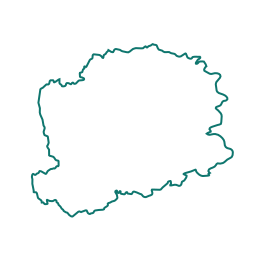 outline of Zhytomyr, rotated 82°
{"feature_id": "UKR-324", "entity_name": "Zhytomyr", "entity_type": "Region", "adm_level": 1, "iso_a3": "UKR", "parent_name": "Ukraine", "parent_adm1": "", "projection": "mercator", "projection_center": [28.508, 50.617], "detail": "fine", "context": "isolated", "style": "outline", "palette": "teal", "viewbox_px": 256, "rotation_deg": 82, "n_neighbors": 0, "source": "natural_earth", "source_scale": "10m", "svg_char_len": 5782}
<svg xmlns="http://www.w3.org/2000/svg" viewBox="0 0 256 256"><g transform="rotate(82 128 128)"><path d="M112.0,25.5L113.3,25.6L114.2,26.6L114.5,27.6L114.5,29.4L115.0,30.6L115.8,31.3L117.6,32.5L118.4,33.3L118.8,34.4L119.4,37.2L119.8,38.0L120.6,38.3L121.4,37.9L123.1,36.3L126.2,34.2L127.8,33.6L129.5,33.6L135.1,34.8L136.8,35.4L137.3,36.8L137.5,38.9L138.5,44.5L138.9,45.9L139.5,47.0L140.5,47.5L142.3,46.6L143.1,46.6L143.5,47.9L144.0,49.8L144.6,50.8L145.7,49.5L146.1,48.0L145.9,44.2L146.1,42.5L147.3,39.7L149.1,37.6L151.1,36.0L153.1,34.9L154.9,34.5L158.8,34.5L160.5,33.8L161.7,32.5L163.1,29.3L164.4,28.1L165.6,27.6L166.9,27.6L169.4,28.2L171.0,29.2L171.7,30.4L173.1,34.1L175.2,37.3L175.9,38.9L176.1,41.6L175.5,44.2L176.0,45.3L177.0,46.1L178.3,47.6L179.0,49.6L179.5,51.8L180.3,53.6L181.8,54.4L183.1,53.9L183.9,53.2L184.3,54.2L184.6,54.7L184.9,54.7L185.9,54.2L186.2,54.4L186.3,55.5L186.0,60.4L185.8,61.2L185.2,62.5L184.4,63.6L183.6,64.4L181.7,65.9L180.5,66.5L179.0,66.7L178.7,66.9L178.7,67.3L179.8,71.7L180.5,76.8L180.8,78.3L181.2,79.2L181.3,79.3L181.7,79.0L183.2,76.7L183.5,76.6L184.5,76.9L185.6,77.6L187.6,79.4L188.1,80.2L188.5,81.5L188.9,82.1L191.3,83.1L192.0,83.8L192.3,84.4L192.4,85.1L192.4,85.6L191.0,88.2L190.9,88.6L190.7,89.7L190.9,93.4L190.7,94.1L190.1,94.0L189.4,93.3L188.7,93.1L186.7,93.1L186.4,93.4L186.4,94.0L186.6,95.4L187.0,95.9L188.2,96.5L191.7,102.0L193.4,104.0L193.6,105.1L192.4,112.1L192.4,112.9L193.0,113.2L195.3,112.9L196.2,113.0L196.9,113.3L197.3,113.7L197.8,115.0L198.0,116.4L198.9,119.8L198.8,120.8L198.4,121.7L197.8,122.5L195.6,123.9L194.8,125.5L193.1,128.2L191.9,130.6L191.8,131.4L192.1,132.0L193.7,133.3L193.9,134.0L192.9,137.3L192.4,137.7L191.6,137.8L191.4,138.0L191.4,138.5L191.7,139.2L192.7,140.0L193.0,140.4L193.1,140.7L193.0,141.5L192.4,143.4L191.9,144.3L191.3,144.5L189.8,144.2L189.6,144.4L189.4,144.7L189.5,145.0L190.9,146.2L191.0,146.5L190.6,147.2L190.3,147.4L188.6,147.7L188.4,148.0L188.4,148.4L188.8,149.2L189.6,149.5L192.7,148.3L195.4,148.2L196.0,148.4L196.5,148.9L197.3,149.9L198.2,151.4L198.6,154.2L199.4,156.2L199.6,157.8L199.9,158.3L200.2,158.6L201.4,158.6L202.0,158.9L202.4,159.4L203.7,162.2L204.1,162.7L205.1,163.1L205.3,163.7L205.4,164.6L205.1,168.4L205.1,172.0L205.5,172.9L207.1,174.1L207.4,175.2L207.4,176.5L207.8,177.5L207.8,177.9L207.3,178.9L206.5,179.6L204.0,180.4L203.7,181.0L203.7,181.7L204.7,186.2L203.9,187.6L203.9,188.2L204.1,189.0L207.8,195.0L207.9,195.6L207.7,196.2L207.4,196.8L206.0,198.3L203.5,199.8L202.8,201.3L201.2,203.2L200.0,203.6L198.6,204.9L196.5,205.8L194.3,207.5L192.8,207.7L191.7,208.9L191.3,209.1L190.2,209.0L189.4,209.5L189.1,210.2L189.3,211.1L189.8,212.2L189.9,213.4L189.3,215.8L187.9,218.1L188.0,218.3L188.8,218.4L191.7,218.2L191.9,218.4L192.0,219.3L191.9,220.6L191.7,221.1L191.4,221.4L190.5,221.9L189.9,222.4L189.8,223.8L188.2,223.8L187.5,224.1L185.1,226.6L184.4,226.9L180.1,227.3L179.4,227.6L178.9,228.0L178.5,230.1L178.3,230.3L176.7,230.1L170.0,230.5L165.5,229.8L163.1,230.0L161.2,229.4L160.6,228.9L160.3,228.4L160.4,228.1L161.4,226.8L161.5,226.5L161.4,225.9L160.5,224.6L160.2,223.2L159.9,222.7L158.4,221.6L158.4,221.2L158.9,219.9L161.9,216.1L161.9,215.7L161.8,215.3L159.6,213.6L159.1,212.8L158.0,210.5L157.9,210.1L157.9,208.5L157.6,207.2L157.9,206.3L157.4,205.4L156.3,204.4L156.0,203.8L155.9,203.4L156.1,202.7L156.0,202.3L155.3,201.9L151.3,201.4L150.9,201.5L150.6,201.8L150.0,203.5L149.3,204.2L147.2,205.2L146.2,205.9L145.3,207.7L144.6,209.4L144.1,209.9L138.4,209.2L136.0,210.4L134.7,210.6L133.6,209.7L132.0,208.8L131.4,208.6L125.9,208.6L125.2,208.7L125.0,208.9L123.8,211.0L123.4,211.6L122.3,211.9L121.0,212.1L119.8,212.0L116.8,210.6L115.6,210.5L113.8,211.3L107.8,211.5L102.5,213.0L100.4,213.2L96.1,212.5L90.5,213.2L77.5,209.4L76.8,208.4L76.3,206.8L73.6,202.9L73.5,202.2L73.8,201.1L73.5,200.3L72.9,199.8L70.6,198.9L70.0,198.1L70.3,195.6L70.8,195.2L72.2,195.0L72.4,194.9L72.5,194.6L72.1,193.3L70.4,190.0L70.2,189.1L73.6,189.6L74.3,189.5L75.1,189.0L75.9,188.0L77.3,187.6L77.5,187.4L77.7,186.6L77.8,185.5L77.5,184.2L77.0,183.7L75.8,183.2L75.3,182.8L75.0,182.1L75.4,180.5L76.6,178.8L76.7,178.4L76.6,178.1L75.6,177.1L75.4,176.3L75.6,176.0L76.6,175.3L76.8,174.9L76.8,174.1L76.6,173.3L74.4,170.5L74.2,170.0L74.1,169.6L74.3,166.9L74.2,165.4L74.0,165.0L73.6,164.7L72.9,164.7L72.6,164.9L71.5,166.6L71.0,168.0L70.5,168.4L67.4,168.2L66.7,167.9L66.6,167.5L66.5,166.3L66.2,165.5L63.8,164.4L63.1,163.2L62.8,162.9L61.8,163.0L61.1,162.7L61.0,162.4L61.1,162.1L61.7,161.1L61.4,160.6L55.4,156.4L54.8,155.6L54.5,154.4L54.1,153.7L53.5,153.4L51.3,152.9L50.8,152.6L50.3,151.9L50.4,151.1L51.6,146.5L51.9,145.8L53.2,144.4L54.9,143.5L55.1,142.9L54.6,142.5L53.3,142.2L52.4,141.7L51.4,139.7L50.1,138.7L49.0,137.1L48.1,136.6L50.3,134.0L50.8,132.5L50.7,132.1L50.2,131.7L48.7,130.7L48.4,130.3L48.1,129.4L48.2,128.6L49.5,125.1L50.8,123.6L51.3,122.7L52.7,118.9L53.1,117.2L52.5,115.6L50.5,112.2L50.2,110.8L50.0,109.1L51.0,103.7L51.1,102.0L50.0,100.3L49.6,99.4L49.7,99.1L50.6,98.5L50.9,98.0L50.8,97.6L50.0,96.5L49.8,96.0L49.5,94.1L48.4,92.0L48.5,91.6L49.0,91.0L49.6,89.0L50.0,88.3L50.6,88.0L53.0,87.4L54.5,86.7L54.8,86.3L56.1,83.5L57.3,82.3L58.0,81.1L58.5,76.8L59.9,74.9L61.0,71.8L61.6,71.0L63.3,69.8L64.2,68.2L64.5,67.0L64.4,65.7L62.3,61.2L62.2,60.8L62.5,60.3L66.3,59.3L67.2,58.4L68.0,56.8L68.1,55.7L67.8,55.1L66.8,54.2L66.7,53.4L66.7,52.1L67.5,46.9L68.0,46.6L68.7,46.8L69.4,47.8L69.8,48.8L70.2,49.4L72.7,51.6L73.3,51.8L73.7,51.8L74.0,51.0L73.8,50.3L73.3,49.5L72.4,48.5L72.2,48.0L72.2,47.1L72.4,45.2L72.8,43.6L75.8,42.2L77.8,41.8L78.1,42.4L79.0,43.3L80.0,44.1L80.9,44.5L81.9,44.4L82.5,43.7L85.5,39.7L85.8,39.1L86.1,37.8L85.8,34.3L86.2,32.2L87.0,30.5L88.2,29.4L89.7,29.2L91.0,29.9L94.8,34.1L96.0,34.7L97.1,35.0L103.3,35.0L104.5,34.6L106.0,33.2L108.0,29.3L109.3,27.4L110.6,26.2L112.0,25.5Z" fill="none" stroke="#0f766e" stroke-width="2"/></g></svg>